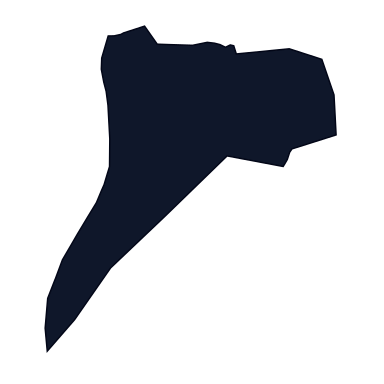 Matadi, Bas-Congo, Democratic Republic of the Congo (Albers equal-area conic projection), rotated 92°
{"feature_id": "63176286B7026545207042", "entity_name": "Matadi", "entity_type": "district", "adm_level": 2, "iso_a3": "COD", "parent_name": "Democratic Republic of the Congo", "parent_adm1": "Bas-Congo", "projection": "albers", "projection_center": [13.467, -5.842], "detail": "fine", "context": "isolated", "style": "filled", "palette": "ink", "viewbox_px": 384, "rotation_deg": 92, "n_neighbors": 0, "source": "geoboundaries", "source_scale": "gbopen_adm2", "svg_char_len": 784}
<svg xmlns="http://www.w3.org/2000/svg" viewBox="0 0 384 384"><g transform="rotate(92 192 192)"><path d="M163.3,101.8L160.3,100.1L156.2,97.9L148.9,95.8L145.4,93.6L139.5,76.9L129.9,50.0L101.1,52.5L90.0,53.5L54.9,66.9L45.5,99.8L51.1,141.9L52.5,152.6L51.5,152.9L44.4,155.4L43.7,158.9L46.2,163.6L43.7,169.2L42.5,174.7L41.9,182.0L45.4,196.6L45.5,219.8L45.5,225.3L45.5,231.9L27.9,245.2L35.4,265.9L37.0,268.6L38.7,275.3L39.0,281.2L61.3,286.9L72.5,286.9L85.3,284.0L94.4,281.3L108.2,279.0L141.8,276.0L169.5,275.3L177.7,277.5L187.7,280.1L193.7,282.5L205.9,287.1L220.5,295.3L238.0,305.0L248.7,310.7L264.3,319.1L283.5,325.5L284.5,325.9L303.3,332.5L333.2,334.0L356.1,331.1L323.7,304.9L270.7,270.7L217.5,218.5L154.7,158.2L163.3,101.8Z" fill="#0f172a" stroke="#020617" stroke-width="1.5"/></g></svg>